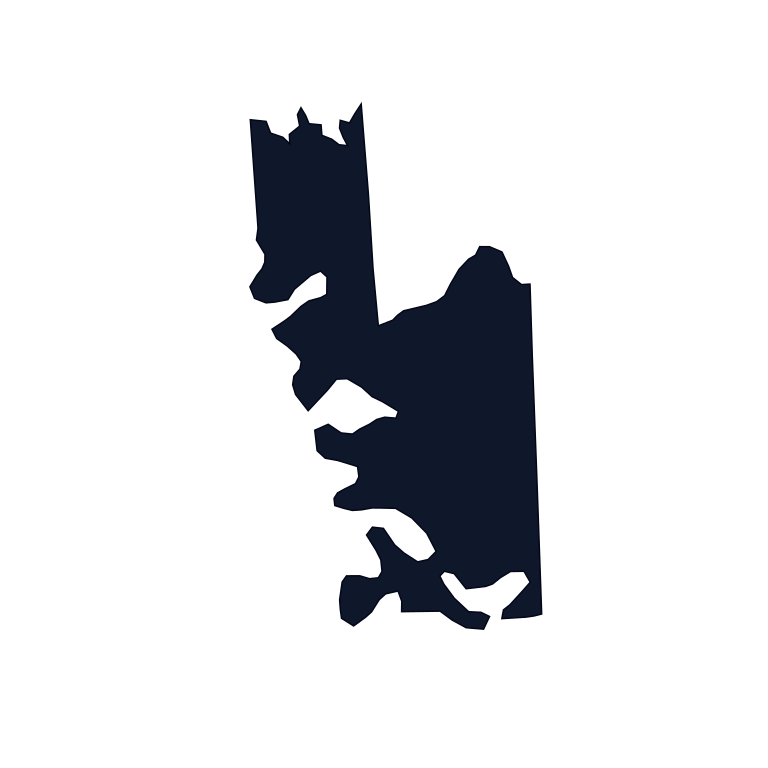 Godoy Moreira, Paraná, Brazil (Equal Earth projection), rotated 305°
{"feature_id": "56859067B87274416555752", "entity_name": "Godoy Moreira", "entity_type": "district", "adm_level": 2, "iso_a3": "BRA", "parent_name": "Brazil", "parent_adm1": "Paraná", "projection": "equal_earth", "projection_center": [-51.924, -24.155], "detail": "fine", "context": "isolated", "style": "filled", "palette": "ink", "viewbox_px": 768, "rotation_deg": 305, "n_neighbors": 0, "source": "geoboundaries", "source_scale": "gbopen_adm2", "svg_char_len": 2127}
<svg xmlns="http://www.w3.org/2000/svg" viewBox="0 0 768 768"><g transform="rotate(305 384 384)"><path d="M207.6,529.0L230.1,560.2L229.7,575.4L231.5,591.1L240.3,606.2L254.1,603.8L252.6,594.4L246.0,583.9L248.8,564.5L254.4,547.8L258.7,539.9L265.2,540.8L268.9,550.2L263.4,568.7L276.4,583.3L282.4,587.6L292.4,590.5L303.0,595.2L310.9,606.1L305.5,617.5L293.8,616.2L275.4,613.8L267.5,611.4L259.4,615.1L274.3,633.8L280.0,639.9L286.0,645.1L390.5,566.3L493.2,488.5L549.6,446.3L544.3,439.6L545.0,428.2L551.8,418.7L559.8,405.0L557.0,391.7L551.4,383.6L542.1,385.1L534.8,381.7L521.0,379.7L503.5,381.2L491.2,383.0L481.6,379.9L472.7,373.6L455.3,358.1L448.2,355.7L441.2,354.5L428.4,346.0L472.4,308.7L530.5,262.4L600.3,204.7L588.0,205.1L578.1,206.0L574.9,196.9L568.1,200.8L562.5,209.3L558.4,217.5L554.2,209.9L554.6,200.8L552.1,190.5L560.2,183.8L554.2,173.3L558.9,166.0L562.7,157.5L555.0,158.6L546.9,167.0L534.2,163.3L526.7,169.0L528.1,159.6L524.5,147.2L531.5,136.8L523.8,122.9L439.4,191.4L428.8,196.9L422.0,212.1L415.4,216.5L408.2,218.0L400.5,217.5L386.7,218.4L379.9,228.8L382.8,240.8L388.3,247.4L398.0,256.9L410.3,256.3L430.8,261.7L440.1,267.2L439.0,275.9L424.6,285.7L418.4,282.6L409.0,274.8L400.1,271.5L385.8,268.7L378.5,266.3L364.6,260.8L359.7,270.0L359.6,283.0L358.2,294.8L355.0,303.3L348.0,306.6L338.7,305.7L331.0,309.6L324.7,317.6L318.6,337.2L346.6,341.2L360.7,342.3L367.2,350.8L368.6,367.5L366.8,381.7L368.6,392.6L369.9,411.5L362.9,413.4L357.2,403.6L350.8,398.4L342.6,395.1L333.1,389.9L324.9,386.9L319.3,376.9L319.0,361.4L306.4,353.8L291.0,367.5L289.5,378.4L294.8,389.9L301.2,409.7L293.5,416.7L286.0,417.8L275.7,412.1L268.2,408.4L261.6,408.7L256.2,413.4L259.1,422.4L262.3,430.6L267.9,437.6L275.7,445.4L280.8,452.8L288.8,464.8L290.2,483.6L286.3,504.5L276.8,522.7L265.5,520.8L257.6,513.6L257.0,497.5L258.3,485.1L265.4,466.3L260.1,456.6L250.3,456.3L243.2,472.9L238.1,482.3L229.3,489.9L222.0,490.5L216.2,483.8L213.0,474.2L205.3,463.3L197.8,463.3L181.8,471.4L174.3,477.5L167.7,483.6L168.4,497.9L182.5,502.7L190.1,504.5L204.6,503.8L213.0,505.7L222.5,514.2L216.2,523.2L207.6,529.0Z" fill="#0f172a" stroke="#020617" stroke-width="1.5"/></g></svg>